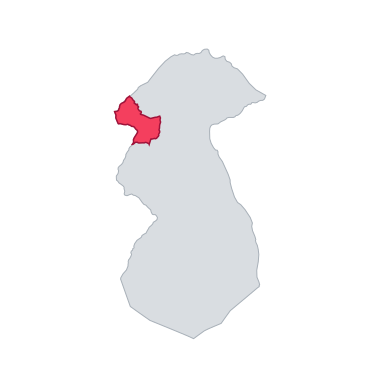 Canindeyú highlighted on a map of Paraguay, rotated 216°
{"feature_id": "PRY-619", "entity_name": "Canindeyú", "entity_type": "Department", "adm_level": 1, "iso_a3": "PRY", "parent_name": "Paraguay", "parent_adm1": "", "projection": "natural_earth1", "projection_center": [-55.27, -24.157], "detail": "fine", "context": "in_parent", "style": "filled", "palette": "rose", "viewbox_px": 384, "rotation_deg": 216, "n_neighbors": 0, "source": "natural_earth", "source_scale": "10m", "svg_char_len": 5688}
<svg xmlns="http://www.w3.org/2000/svg" viewBox="0 0 384 384"><g transform="rotate(216 192 192)"><path d="M199.2,90.4L199.8,92.7L200.2,94.4L201.1,95.7L201.9,97.3L202.8,98.3L203.4,99.8L203.3,101.6L203.6,103.8L204.1,105.8L204.5,106.3L205.7,106.8L206.4,108.6L205.9,109.5L206.1,110.5L206.6,111.5L206.1,112.5L206.4,113.3L207.2,113.9L208.0,116.4L208.1,120.6L207.3,122.9L206.6,124.7L206.4,125.9L206.9,127.5L206.1,129.5L205.0,131.9L205.3,133.5L205.5,135.1L205.6,136.7L205.9,138.3L205.5,139.9L205.2,141.3L205.0,143.0L205.5,144.8L204.7,146.6L204.3,147.8L204.1,149.1L204.9,151.0L206.9,151.9L208.4,152.1L209.9,151.0L211.0,150.7L213.1,151.7L215.0,153.3L217.4,153.5L219.6,153.8L221.3,154.3L223.7,153.7L226.2,154.3L229.1,155.3L231.6,156.1L234.0,155.9L235.8,155.8L237.7,154.9L239.5,155.0L240.9,153.3L241.7,151.9L242.4,150.8L244.4,150.0L245.7,150.5L246.9,153.2L248.9,154.7L249.7,155.9L251.1,156.4L254.3,156.5L256.3,156.4L258.6,157.2L260.0,157.2L261.3,158.7L262.6,160.4L262.7,163.6L263.9,166.1L265.3,167.0L266.1,168.6L265.8,170.7L265.2,172.9L265.2,175.3L266.0,177.4L266.0,179.6L266.5,181.8L267.6,183.6L267.9,186.6L267.8,188.8L268.5,190.0L268.7,191.8L268.3,193.2L268.1,195.2L268.2,196.9L268.7,198.4L270.3,200.2L270.7,203.5L270.7,205.8L271.4,208.5L272.7,209.7L274.8,210.1L277.2,210.6L280.1,209.9L282.7,209.2L284.2,208.5L287.0,206.5L289.5,205.4L290.8,204.7L292.0,204.2L294.5,205.4L296.8,206.9L298.6,209.1L302.0,211.5L301.3,212.1L300.0,214.0L300.0,216.3L301.0,219.6L300.1,226.5L297.5,237.1L296.4,243.2L296.9,245.0L295.9,248.1L292.3,254.7L292.2,259.2L291.7,272.6L290.5,282.1L288.5,289.1L286.7,292.8L285.1,293.2L283.9,294.3L283.2,296.1L281.8,297.6L279.9,298.8L278.8,300.1L278.7,301.5L276.8,302.4L273.2,302.8L271.1,303.9L270.5,305.8L269.3,307.2L267.6,308.3L266.7,310.1L266.8,312.6L265.8,314.8L263.7,316.6L261.8,316.6L260.0,314.9L257.6,313.8L254.6,313.2L252.1,313.7L250.1,315.1L248.3,317.3L246.8,320.4L245.0,320.9L243.1,318.9L240.7,318.2L237.8,319.1L235.5,318.8L233.8,317.4L231.2,317.2L227.6,318.3L220.4,317.1L209.5,313.5L200.3,312.2L189.0,313.5L188.0,309.8L188.6,307.8L190.4,306.3L191.5,304.6L192.0,302.7L193.3,301.2L195.3,300.2L196.2,299.2L195.9,298.2L196.3,297.3L197.5,296.5L198.2,295.2L198.3,293.5L198.7,292.7L199.5,292.1L199.6,290.9L199.1,287.3L199.2,284.3L199.7,282.0L200.4,280.6L200.9,280.3L201.4,279.4L201.5,278.0L202.3,276.7L205.9,274.1L207.2,272.6L207.3,271.3L207.9,269.5L210.0,265.7L210.6,263.9L210.7,263.0L211.4,262.0L214.0,259.9L215.4,257.9L215.6,256.0L215.0,253.9L213.5,251.5L208.9,245.5L205.2,242.7L200.6,240.5L197.6,239.8L196.2,240.6L194.7,239.9L193.2,237.9L190.6,236.3L185.3,234.5L173.2,227.6L168.3,224.2L166.7,222.1L162.2,218.3L154.7,212.9L149.0,210.3L145.1,210.4L138.7,208.9L129.9,205.6L124.9,202.4L123.5,199.3L120.2,196.2L115.1,193.1L112.4,191.0L112.2,190.1L110.7,188.8L107.8,187.2L104.7,184.5L101.2,180.7L97.5,174.7L93.6,166.7L89.4,161.3L84.9,158.5L82.7,156.7L82.7,155.8L82.0,154.9L82.6,153.4L84.1,147.3L86.3,138.4L88.6,129.3L91.3,118.5L91.3,110.9L91.2,102.8L95.2,96.2L98.0,91.5L100.4,87.0L102.9,79.4L104.5,74.3L110.9,73.0L121.9,70.4L127.3,69.1L138.8,66.3L150.5,63.4L162.7,63.2L174.6,63.1L183.8,69.4L190.9,74.3L198.6,79.6L199.2,80.8L199.7,85.3L199.2,90.4Z" fill="#d9dde1" stroke="#a8b0b8" stroke-width="1"/><path d="M268.3,195.4L268.3,195.5L268.3,196.6L268.4,197.6L268.9,198.4L270.1,199.8L270.6,201.8L271.0,207.8L271.3,208.6L271.9,209.3L272.7,209.7L274.3,209.8L275.1,210.0L276.1,210.4L277.0,210.6L277.9,210.5L278.8,210.0L279.5,209.6L281.1,209.7L281.9,209.4L282.4,209.2L283.3,209.1L283.7,209.0L284.1,208.8L284.7,207.9L285.1,207.5L286.7,206.5L290.1,205.2L290.6,204.9L291.2,204.1L291.6,203.9L292.3,204.1L296.8,206.9L297.3,207.3L298.7,209.5L301.2,211.1L301.9,211.6L301.4,212.1L300.5,212.8L299.8,213.7L299.6,214.7L299.6,215.2L300.0,216.1L300.1,217.3L300.3,217.7L300.9,218.6L301.1,219.3L301.5,220.3L301.4,221.2L301.2,222.2L300.9,222.8L299.9,224.5L299.6,225.5L299.5,226.5L299.9,228.6L299.9,229.6L298.9,232.8L298.3,232.5L298.0,232.5L297.3,232.5L296.7,232.6L296.0,232.6L295.4,232.4L294.7,232.1L293.9,231.8L291.9,231.5L291.7,231.4L291.5,231.2L291.4,230.9L291.1,230.1L290.9,229.9L290.6,230.0L290.3,230.1L290.1,230.1L289.9,230.1L289.7,230.0L289.4,229.8L289.1,229.8L288.8,229.8L288.6,230.0L288.4,230.4L288.2,230.6L288.0,230.8L287.8,230.9L287.7,230.9L287.4,230.6L287.4,230.3L287.4,230.1L287.3,229.9L287.1,229.8L286.7,229.7L285.8,229.7L285.6,229.6L285.4,229.5L285.2,229.4L285.2,229.2L285.2,228.9L285.3,228.7L285.2,228.2L284.9,227.8L284.4,227.5L282.4,226.8L282.2,226.8L281.8,226.9L281.2,227.2L280.9,227.3L280.5,227.2L280.2,227.0L279.8,226.6L279.7,226.3L279.6,225.9L279.7,224.8L279.2,224.6L276.3,225.7L269.5,226.9L269.0,227.1L268.6,227.3L265.8,230.7L264.5,231.8L264.1,232.3L263.4,233.5L262.7,234.4L261.3,233.5L261.0,233.3L260.9,232.9L260.7,232.5L260.4,231.8L259.9,231.2L259.5,230.8L258.7,230.3L258.4,229.8L258.2,229.1L257.8,227.8L257.2,226.6L255.8,224.5L255.3,223.1L255.2,222.9L254.8,222.6L254.3,222.5L254.1,222.3L253.9,222.2L253.7,221.9L253.5,221.7L253.3,221.4L253.2,221.0L253.1,220.5L253.0,219.5L252.9,219.2L252.8,218.9L252.7,218.7L252.1,218.2L252.0,217.8L252.0,217.2L252.2,215.7L252.2,215.0L252.3,214.5L252.4,214.4L252.9,213.6L253.0,213.5L253.2,213.4L253.9,213.2L254.0,213.2L254.4,212.6L255.0,211.9L255.4,211.4L255.8,211.0L255.9,210.9L256.0,210.9L256.3,210.9L256.4,210.7L256.2,210.0L254.6,205.3L254.9,205.5L255.3,205.7L255.5,205.8L255.8,205.8L255.9,205.7L256.1,205.6L256.3,205.5L257.3,205.4L257.9,205.2L258.6,204.9L258.8,204.7L259.0,204.6L259.4,203.8L259.6,203.6L260.7,202.9L263.4,200.7L264.0,200.3L264.4,200.1L265.1,200.1L265.3,200.1L265.6,200.0L266.6,199.3L266.9,199.0L267.1,198.6L267.3,197.4L267.8,196.0L268.0,195.6L268.3,195.4L268.3,195.4Z" fill="#f43f5e" stroke="#9f1239" stroke-width="1.5"/></g></svg>